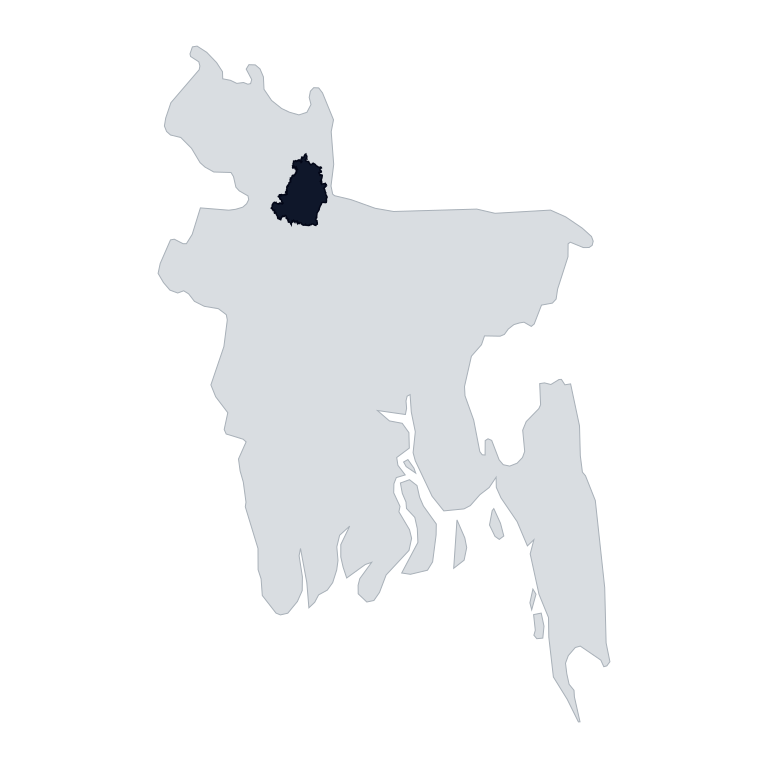 Gaibandha, Rangpur, Bangladesh (highlighted)
{"feature_id": "16705992B74857221285320", "entity_name": "Gaibandha", "entity_type": "district", "adm_level": 2, "iso_a3": "BGD", "parent_name": "Bangladesh", "parent_adm1": "Rangpur", "projection": "natural_earth1", "projection_center": [89.465, 25.343], "detail": "fine", "context": "in_parent", "style": "filled", "palette": "ink", "viewbox_px": 768, "rotation_deg": 0, "n_neighbors": 0, "source": "geoboundaries", "source_scale": "gbopen_adm2", "svg_char_len": 9580}
<svg xmlns="http://www.w3.org/2000/svg" viewBox="0 0 768 768"><path d="M258.1,569.7L258.0,548.5L245.3,506.8L246.0,502.2L243.3,482.1L240.1,470.9L238.5,459.0L246.1,441.9L243.1,439.2L226.2,434.0L224.2,429.5L227.8,412.7L215.7,396.8L210.9,384.9L223.9,346.6L227.3,319.9L226.3,314.7L218.4,308.7L204.3,306.3L194.4,301.3L188.6,293.8L183.7,290.8L177.7,293.0L169.9,290.1L163.5,282.6L158.1,273.4L160.2,263.5L170.5,239.9L174.3,239.2L183.1,243.7L186.4,243.7L192.2,234.4L200.4,207.9L228.8,210.2L235.6,209.3L242.7,207.2L246.6,203.8L248.7,199.6L248.0,195.9L239.3,190.9L235.9,187.2L233.5,176.6L231.0,172.5L213.8,172.0L205.0,167.1L200.1,162.7L191.5,148.3L180.8,137.5L170.5,135.0L166.6,131.5L164.4,126.0L165.7,118.1L170.9,102.7L199.2,69.7L199.9,66.0L198.8,61.8L190.6,56.5L190.0,53.9L192.4,46.9L197.1,46.1L206.8,52.4L216.6,62.6L222.5,71.7L222.7,78.8L230.4,80.3L236.8,83.4L243.5,82.5L247.8,84.2L250.6,83.6L251.7,79.5L246.2,69.1L248.9,64.7L255.3,64.9L260.0,68.9L263.4,76.9L264.0,89.3L271.6,100.5L281.6,108.5L289.4,112.2L298.9,114.9L306.9,112.3L311.0,104.5L309.2,97.5L310.4,91.2L313.7,87.7L318.7,87.9L322.5,92.9L333.5,119.8L331.2,131.7L333.7,164.4L331.0,186.0L332.7,194.2L334.6,195.7L351.2,199.7L375.2,208.3L393.6,211.5L476.8,209.1L495.0,213.3L550.5,210.1L565.7,216.9L582.2,228.1L591.5,236.5L593.2,241.2L592.2,245.3L589.1,247.5L583.4,247.6L570.3,242.2L568.1,243.8L568.0,256.7L557.6,289.1L556.1,299.1L552.4,303.1L541.5,305.1L534.2,324.0L531.3,326.4L524.0,322.2L519.6,322.9L513.9,324.6L508.3,329.0L504.4,334.4L500.1,336.2L484.5,335.9L481.5,344.7L471.4,356.2L464.5,386.5L465.0,395.8L473.7,420.1L479.8,451.6L482.2,454.8L485.1,455.0L485.2,440.6L488.0,438.8L491.7,440.4L499.1,459.8L503.2,464.7L509.7,466.1L517.1,463.2L522.5,457.5L524.7,451.4L522.7,430.2L526.2,421.6L538.8,408.7L540.6,404.8L539.7,383.6L544.5,382.9L550.9,384.5L559.0,379.5L561.4,379.4L564.9,384.8L570.6,383.9L579.5,425.9L580.3,455.6L582.4,472.1L585.5,475.8L595.3,500.5L604.7,587.6L606.1,642.9L609.9,661.7L606.8,665.9L603.8,666.7L600.8,660.1L580.3,646.1L575.3,647.5L568.3,655.6L565.5,663.2L566.8,673.8L569.1,684.3L574.0,690.3L574.4,696.9L580.0,721.8L578.4,721.9L567.2,699.3L553.4,677.0L548.8,637.1L548.5,617.5L539.0,594.3L530.2,553.9L533.9,539.7L527.4,545.9L517.1,521.6L501.0,497.9L496.3,487.4L496.1,477.2L489.2,487.5L479.9,494.7L470.3,505.6L464.0,508.9L443.8,510.9L432.1,496.3L415.3,460.8L413.1,452.7L415.3,431.8L411.3,412.1L410.1,394.6L407.1,396.2L406.0,401.0L406.6,408.3L405.4,414.5L377.4,410.5L389.4,420.9L402.2,423.3L408.9,432.6L409.3,448.1L396.7,457.5L397.9,465.3L405.2,474.9L396.3,477.6L393.9,483.8L393.7,492.8L400.0,506.4L398.9,511.8L409.5,529.7L411.6,538.3L409.0,550.4L386.1,575.0L379.5,592.4L373.9,600.5L366.8,602.0L358.2,593.8L358.1,585.3L359.8,578.6L371.7,562.3L365.3,564.5L346.7,578.0L343.1,567.1L340.8,557.0L340.8,544.6L349.7,526.1L339.6,535.3L336.8,546.9L338.0,560.4L336.7,570.0L332.7,582.6L327.3,590.1L318.6,594.9L314.7,602.3L308.9,607.8L306.8,582.5L300.5,548.4L299.1,555.7L302.4,576.9L302.2,590.6L297.4,601.5L287.8,613.2L280.4,614.9L276.0,613.1L262.3,595.5L261.1,578.9L258.1,569.7ZM427.5,570.2L410.4,574.3L401.7,573.0L417.9,542.4L417.3,528.6L414.8,517.4L406.5,508.5L406.0,502.0L402.3,493.3L400.4,483.0L409.5,479.7L417.0,485.6L419.6,497.2L423.4,506.0L436.3,524.0L436.1,535.0L432.6,561.9L427.5,570.2ZM464.1,560.2L453.7,568.3L457.0,519.9L464.8,537.9L466.7,547.6L464.1,560.2ZM503.8,536.0L499.3,539.4L495.0,536.4L489.5,525.0L492.2,510.6L493.8,508.6L500.5,523.3L503.8,536.0ZM542.8,638.1L536.8,638.7L533.9,635.2L535.3,630.3L533.6,614.6L541.2,613.1L544.0,626.2L542.8,638.1ZM536.0,594.2L531.7,609.8L529.9,602.8L532.9,589.1L536.0,594.2ZM413.9,468.1L415.7,473.1L406.2,466.6L403.6,462.0L407.9,459.6L413.9,468.1Z" fill="#d9dde1" stroke="#a8b0b8" stroke-width="1"/><path d="M316.5,224.5L317.3,224.1L317.2,222.4L317.0,221.7L317.0,220.8L316.4,220.6L315.6,219.4L316.1,218.6L316.2,217.5L316.7,217.5L316.7,215.9L317.0,213.4L316.9,213.1L317.6,212.1L318.9,210.1L319.2,209.4L319.2,208.6L320.2,206.0L321.2,204.4L321.7,202.8L322.8,202.3L325.6,202.6L326.2,202.4L326.3,202.3L326.5,200.6L326.3,198.4L326.4,198.2L326.8,198.0L327.1,197.1L326.7,196.1L326.0,195.0L325.6,193.3L325.7,192.6L325.4,192.5L324.7,189.7L324.2,188.6L323.7,188.2L324.8,187.4L325.9,186.3L325.6,186.3L326.2,184.6L325.4,184.4L325.5,183.5L325.3,183.3L324.5,183.7L323.5,183.8L322.5,184.1L322.3,184.1L322.1,183.9L321.7,184.3L321.5,183.9L321.0,183.2L321.7,182.9L321.7,181.8L321.5,181.0L320.7,181.7L320.3,181.4L321.0,180.4L321.6,178.8L322.0,177.3L321.9,176.8L322.2,176.2L322.2,175.3L322.0,175.0L321.2,174.9L321.1,175.2L320.3,175.3L320.1,175.5L320.0,175.4L319.9,175.3L320.1,174.4L318.8,173.2L318.7,172.8L319.2,172.2L321.0,172.3L321.4,171.9L321.2,171.0L319.9,170.1L319.8,169.5L320.0,168.8L320.8,168.5L320.9,167.9L321.4,167.8L321.3,167.5L320.7,167.0L319.1,167.4L318.4,167.2L317.5,166.4L316.3,165.9L315.2,164.4L314.6,164.2L314.2,163.8L313.6,163.7L313.4,163.3L312.4,163.5L312.2,164.0L311.5,164.6L310.6,164.8L309.0,162.6L308.6,161.5L307.1,161.5L305.6,160.8L305.3,159.7L305.9,159.6L306.2,158.6L306.8,158.8L306.6,158.2L306.9,156.7L306.4,155.2L305.6,154.8L305.7,154.1L305.1,154.4L304.3,155.8L304.1,156.4L304.3,156.8L304.2,157.0L303.8,157.1L303.5,157.4L302.9,157.6L302.4,157.5L302.0,157.0L301.8,157.1L302.2,158.0L302.4,158.1L302.4,158.4L302.2,158.5L302.0,158.4L301.9,157.9L301.6,158.0L301.0,159.7L301.2,160.9L301.9,161.4L301.5,162.0L301.5,162.5L300.9,162.6L300.6,161.7L300.0,161.2L299.9,160.9L299.4,160.6L299.5,160.0L299.3,159.9L299.2,159.9L299.2,160.1L298.6,160.1L298.5,160.4L298.2,160.3L298.1,160.7L297.7,160.7L297.7,160.9L297.1,160.9L296.8,161.4L296.7,161.4L296.5,161.6L296.0,161.5L295.9,161.1L296.0,160.8L295.7,160.7L295.5,161.2L293.9,161.0L293.6,161.1L293.6,162.6L293.1,163.3L293.2,165.2L292.8,165.6L293.1,165.7L293.5,165.4L293.7,165.7L292.8,165.9L292.8,166.3L292.9,166.5L293.4,166.4L293.5,166.6L292.9,167.3L292.9,166.9L292.7,166.9L292.6,167.4L292.9,167.7L293.6,167.2L294.0,167.4L293.9,168.0L294.2,168.1L294.3,168.0L294.3,167.8L294.4,167.5L294.9,167.1L295.1,167.2L295.0,167.7L295.7,167.6L295.8,167.1L296.1,166.9L296.2,167.9L296.0,168.3L296.4,168.1L296.6,168.2L296.5,168.4L295.8,168.6L295.7,169.0L296.6,169.3L296.7,168.9L297.3,169.4L296.2,170.0L296.4,170.7L296.7,171.0L296.2,171.3L296.5,172.8L296.3,173.0L295.9,172.8L295.6,172.9L295.3,174.4L294.9,174.3L294.6,174.9L294.2,175.1L294.2,175.6L293.9,175.6L293.8,175.8L293.2,175.3L292.9,175.8L292.5,175.5L292.3,175.6L291.5,178.2L290.5,178.0L290.5,178.7L290.2,179.4L290.8,179.8L290.5,180.3L290.2,180.3L290.2,180.8L290.4,180.7L290.6,181.0L290.2,181.1L290.1,181.5L290.3,182.0L290.1,182.0L290.0,182.4L289.0,182.8L289.0,183.0L289.2,183.3L288.9,183.7L288.9,184.3L288.5,184.8L288.1,184.9L287.8,185.5L287.6,185.6L288.0,186.3L287.0,186.6L286.8,187.0L286.9,187.5L286.8,187.8L287.0,188.7L286.5,189.9L286.5,190.5L287.2,190.6L287.1,191.6L286.9,191.7L286.5,191.4L286.3,191.7L285.9,191.8L286.0,192.0L285.8,192.0L285.6,192.3L285.9,192.8L286.0,193.1L286.6,193.0L286.7,192.6L286.9,192.5L287.1,193.7L286.6,194.0L286.8,194.3L286.1,194.4L286.0,194.7L285.4,194.5L285.2,194.8L284.4,194.5L283.9,194.9L283.0,194.8L281.9,194.9L281.6,194.6L281.3,194.9L280.8,194.7L279.5,194.8L279.3,195.0L279.3,195.4L280.0,195.8L279.8,195.8L279.7,196.0L279.1,196.0L278.3,196.4L278.4,196.7L279.4,197.2L279.3,197.3L279.7,197.6L279.8,198.4L280.1,198.5L279.9,198.9L280.4,199.2L280.6,199.5L281.4,199.8L281.7,200.7L281.6,201.5L282.0,201.9L282.4,202.9L283.0,203.1L282.5,203.9L282.0,203.9L281.5,203.7L281.6,203.4L280.7,203.1L280.3,203.2L279.9,202.9L279.8,203.0L279.8,203.3L280.2,203.6L279.4,203.8L279.1,203.5L278.7,203.8L278.7,203.6L277.4,203.8L277.0,203.5L276.5,203.4L276.2,202.8L276.1,203.0L275.3,202.9L275.2,202.5L274.4,202.3L274.2,202.6L273.9,202.6L273.6,203.1L273.3,203.2L273.3,203.7L272.9,203.8L272.7,204.3L272.4,204.5L272.4,205.6L272.1,205.9L272.2,206.3L272.4,206.3L272.1,207.2L271.3,208.0L271.3,208.3L272.1,208.5L272.4,208.6L272.6,209.1L272.4,209.3L272.7,209.9L273.2,210.0L273.3,210.4L273.5,210.3L273.9,210.3L274.1,210.9L274.3,210.9L274.5,210.7L274.5,211.3L275.1,211.9L274.9,211.9L274.9,212.3L274.8,212.5L274.4,212.7L274.5,213.0L275.2,212.9L275.1,213.1L275.9,213.0L276.5,214.8L277.0,215.4L277.3,216.1L277.6,216.1L277.7,216.7L277.6,217.4L277.9,218.5L278.9,218.7L279.1,218.5L279.1,219.0L280.7,219.7L281.5,217.5L281.7,217.2L282.1,216.9L282.4,216.2L282.7,216.4L282.8,215.9L283.3,216.1L283.4,216.4L283.9,216.2L284.3,216.4L284.8,215.6L285.3,215.7L285.5,215.5L285.8,215.5L286.0,215.9L286.1,216.8L286.5,217.1L286.3,217.8L285.6,218.1L286.2,218.1L286.5,218.5L287.0,218.1L287.3,218.7L287.7,219.0L287.8,219.5L288.4,219.5L288.0,220.4L288.2,220.5L288.1,221.0L288.4,221.4L288.5,222.1L289.4,222.0L290.5,222.9L290.7,223.4L290.9,223.4L290.8,223.9L291.1,224.0L291.3,224.4L291.5,222.1L291.8,221.9L292.4,222.1L292.7,222.0L292.3,220.7L293.3,220.9L293.6,220.2L294.0,220.5L294.1,221.0L294.4,220.9L294.6,221.1L294.6,221.9L294.9,222.3L295.2,221.3L296.0,221.3L296.1,221.8L296.4,221.9L296.7,221.7L296.4,221.6L296.5,221.3L297.4,221.0L297.6,221.6L297.1,222.7L297.2,223.0L297.4,223.1L297.5,223.4L297.7,223.0L297.6,222.3L298.0,222.3L298.2,222.8L298.5,222.7L298.7,223.2L298.3,223.4L298.4,223.5L299.4,223.5L299.6,222.7L300.0,222.9L300.9,222.7L301.2,222.9L301.3,223.7L301.4,224.0L302.1,224.1L302.4,224.7L302.8,224.7L303.0,225.0L303.6,225.2L304.2,225.2L304.6,224.8L304.8,224.9L304.8,224.7L305.1,224.5L305.0,224.9L305.4,225.2L306.0,225.0L306.7,225.3L306.8,225.2L307.2,225.4L307.6,225.3L308.4,225.5L308.6,225.2L309.2,225.3L309.1,225.0L309.4,224.7L309.6,224.8L309.8,224.7L309.9,224.9L310.9,224.7L311.4,224.6L311.9,224.0L312.8,224.0L314.9,225.2L315.8,225.4L315.9,225.0L316.5,224.5Z" fill="#0f172a" stroke="#020617" stroke-width="1.5"/></svg>